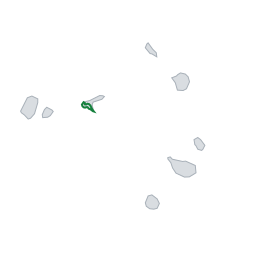 Tarrafal de São Nicolau highlighted on a map of Cabo Verde, rotated 325°
{"feature_id": "CPV-5058", "entity_name": "Tarrafal de São Nicolau", "entity_type": "state/province", "adm_level": 1, "iso_a3": "CPV", "parent_name": "Cabo Verde", "parent_adm1": "", "projection": "natural_earth1", "projection_center": [-24.363, 16.58], "detail": "fine", "context": "in_parent", "style": "outline", "palette": "green", "viewbox_px": 256, "rotation_deg": 325, "n_neighbors": 0, "source": "natural_earth", "source_scale": "10m", "svg_char_len": 1490}
<svg xmlns="http://www.w3.org/2000/svg" viewBox="0 0 256 256"><g transform="rotate(325 128 128)"><path d="M161.6,197.3L158.0,203.7L150.2,203.2L146.1,200.6L141.4,192.5L141.6,186.3L143.2,181.0L142.9,176.3L143.6,175.1L146.0,175.9L146.4,179.0L153.5,186.7L156.2,188.2L161.6,197.3ZM59.6,62.7L53.8,64.1L51.4,63.4L50.6,57.9L49.4,54.3L49.7,52.6L62.9,45.5L67.6,46.7L70.8,52.4L68.6,55.5L59.6,62.7ZM192.6,112.0L197.5,113.2L199.4,112.8L202.6,113.0L205.9,116.7L206.6,120.6L204.9,125.4L198.4,129.4L194.6,128.9L190.2,125.3L192.7,118.1L192.6,112.0ZM110.4,207.8L105.8,210.5L102.6,209.3L99.5,206.6L98.1,202.6L99.3,199.2L105.5,195.2L109.2,196.5L111.2,202.8L110.4,207.8ZM123.5,85.2L125.9,87.2L126.7,88.7L123.1,89.5L114.3,86.8L111.9,88.4L109.6,94.2L105.1,85.5L105.4,82.3L106.4,81.3L112.6,83.6L123.5,85.2ZM177.1,188.4L175.5,188.6L173.0,185.5L173.5,181.2L173.2,180.0L175.4,175.4L179.7,175.8L180.8,179.2L181.0,186.3L177.1,188.4ZM76.2,71.6L71.4,73.3L68.4,73.1L64.1,70.6L65.4,67.9L70.1,65.0L73.3,64.4L76.0,69.6L76.2,71.6ZM194.3,82.6L192.4,86.2L190.1,81.0L188.8,79.7L188.2,72.2L191.6,70.0L193.3,69.8L193.4,77.6L194.3,82.6Z" fill="#d9dde1" stroke="#a8b0b8" stroke-width="1"/><path d="M109.5,94.9L108.9,94.1L108.1,91.5L107.8,90.9L107.4,90.4L107.0,89.8L106.9,88.9L106.9,88.2L106.7,87.6L106.4,87.3L105.9,87.2L104.5,86.7L103.5,85.6L103.2,84.0L103.7,82.4L106.4,81.4L107.0,82.9L106.4,83.8L107.0,84.7L108.6,84.8L109.7,85.9L110.1,88.1L109.7,89.9L109.4,92.8L109.5,94.9Z" fill="none" stroke="#15803d" stroke-width="2"/></g></svg>